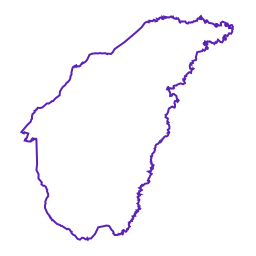 the district of Lue Amnat, Amnat Charoen, Thailand, rotated 269°
{"feature_id": "78962969B36104557802135", "entity_name": "Lue Amnat", "entity_type": "district", "adm_level": 2, "iso_a3": "THA", "parent_name": "Thailand", "parent_adm1": "Amnat Charoen", "projection": "albers", "projection_center": [104.71, 15.697], "detail": "fine", "context": "isolated", "style": "outline", "palette": "violet", "viewbox_px": 256, "rotation_deg": 269, "n_neighbors": 0, "source": "geoboundaries", "source_scale": "gbopen_adm2", "svg_char_len": 5872}
<svg xmlns="http://www.w3.org/2000/svg" viewBox="0 0 256 256"><g transform="rotate(269 128 128)"><path d="M47.0,138.7L48.0,137.5L48.5,138.1L49.6,138.2L49.8,137.0L51.3,137.2L52.3,136.2L52.7,136.8L55.7,138.0L56.0,137.1L56.8,137.7L58.1,136.5L58.9,136.4L59.3,137.6L60.2,137.7L60.4,138.6L61.2,138.2L61.4,139.0L61.8,137.8L61.5,136.9L62.4,136.5L63.0,138.0L64.5,138.0L64.6,139.1L66.0,139.6L65.5,140.4L65.8,140.8L67.9,138.3L68.5,139.7L69.8,139.9L69.9,141.3L70.9,141.2L70.8,142.7L71.9,143.8L72.5,147.1L74.0,148.5L74.7,148.3L74.7,147.2L75.2,146.9L75.9,147.7L77.2,147.7L78.1,148.7L80.0,149.2L81.7,150.9L84.1,147.6L84.5,150.1L86.3,151.1L86.7,150.3L87.5,150.2L87.0,152.1L87.6,152.3L89.2,151.4L89.5,152.5L90.3,152.9L91.9,150.6L92.7,151.0L93.5,150.9L93.8,150.2L95.0,150.6L96.0,150.3L97.8,151.0L99.2,150.4L99.7,151.7L101.6,151.8L103.7,153.9L106.0,154.6L106.8,154.1L108.0,155.2L109.7,155.1L110.9,155.9L111.8,158.0L113.2,159.0L113.0,159.6L114.1,159.8L113.7,160.7L114.3,161.3L115.3,161.1L115.6,161.9L116.7,162.4L116.9,163.2L118.1,163.8L119.1,165.2L118.9,166.3L119.6,167.6L122.0,168.7L122.4,167.7L123.3,169.0L125.4,167.7L126.8,169.4L129.0,169.4L130.9,168.8L131.8,167.3L132.4,167.4L132.9,168.5L134.1,167.4L136.4,168.1L137.0,167.8L138.0,165.8L138.7,166.1L140.4,165.8L141.0,167.1L142.9,168.2L146.7,169.2L148.7,172.6L147.6,174.6L147.8,175.2L150.9,175.4L152.0,174.8L154.0,175.3L154.3,176.9L153.2,178.0L154.7,179.1L155.5,178.5L155.9,177.4L159.1,177.0L161.3,174.4L161.3,173.4L159.4,172.2L159.3,170.7L162.2,170.9L164.0,169.9L165.6,169.8L165.9,167.7L168.0,168.4L168.2,169.0L166.5,170.2L167.1,171.3L166.7,172.2L166.7,174.3L167.3,174.8L168.2,174.2L169.2,174.3L169.7,175.5L169.6,177.1L170.6,178.3L171.7,181.2L170.8,183.8L171.9,185.7L174.0,184.9L174.4,184.3L175.7,184.1L175.5,185.7L176.1,186.1L177.1,185.4L179.0,186.0L178.9,187.2L180.5,187.5L182.7,190.2L182.0,192.0L184.7,192.5L186.1,194.5L186.6,193.7L185.9,192.1L186.3,191.2L189.2,190.8L191.3,191.7L190.4,192.6L191.7,192.7L191.9,194.1L193.9,193.7L194.8,197.1L196.3,197.4L197.6,197.1L202.6,198.5L203.6,203.5L205.0,204.3L204.0,205.9L204.6,206.5L206.6,207.2L205.7,208.5L205.9,209.1L207.0,209.1L208.3,207.9L209.5,207.6L210.1,208.8L210.9,208.8L211.2,207.8L209.8,206.0L211.0,205.1L211.8,205.4L212.0,206.3L213.2,206.5L212.5,208.2L213.2,208.9L212.9,209.6L213.2,210.8L212.6,211.5L212.9,212.1L211.6,213.4L211.6,214.5L210.5,215.8L212.3,216.9L211.6,217.8L211.8,218.2L214.7,219.5L212.4,221.9L212.0,223.6L213.9,224.9L215.9,224.8L214.5,227.1L214.8,227.4L216.4,227.4L217.7,225.6L218.8,226.0L219.2,226.9L218.2,229.1L220.9,230.7L220.5,232.8L222.7,234.0L224.2,233.8L225.0,234.5L226.2,234.1L227.2,234.7L229.1,233.7L229.0,232.6L228.3,231.6L226.2,232.2L226.2,230.7L229.4,230.1L230.6,229.3L230.2,228.7L229.4,229.2L228.7,229.0L228.3,228.6L228.3,227.5L229.4,226.9L231.3,227.5L232.7,224.4L231.5,222.6L229.0,222.9L228.9,220.7L230.4,218.8L230.5,217.9L229.5,217.4L227.9,218.6L227.7,218.0L228.3,217.0L229.7,216.5L231.0,214.2L231.7,210.7L234.3,208.7L233.9,207.4L232.9,208.3L232.1,207.6L231.9,207.0L234.9,205.6L237.0,203.7L238.6,202.9L237.4,201.6L236.0,202.9L235.6,202.9L236.2,199.7L235.7,199.2L234.0,199.0L234.0,197.6L233.4,196.7L233.6,195.4L232.5,194.5L232.7,193.4L232.2,192.2L232.6,190.7L231.4,189.6L232.0,188.1L233.5,187.2L233.6,183.3L232.5,182.0L233.3,181.3L235.0,181.3L235.2,180.8L236.8,180.0L236.4,178.8L237.0,178.2L236.3,177.8L236.9,175.8L238.5,174.9L237.8,174.1L238.8,173.1L237.7,171.0L238.1,169.9L237.6,168.1L238.2,168.2L238.6,166.6L238.0,166.9L237.8,166.0L237.2,165.8L237.8,165.0L236.6,165.4L236.3,165.0L236.5,164.5L236.9,164.5L236.8,163.8L238.0,162.9L237.6,161.5L236.6,161.1L236.7,160.4L236.2,159.7L236.5,159.0L235.3,159.4L234.4,158.7L234.2,157.1L235.3,157.0L235.8,155.7L234.4,154.4L234.9,151.4L234.1,151.5L234.1,150.4L233.4,150.4L233.9,149.2L233.4,147.7L232.6,146.5L228.5,143.4L223.0,137.1L213.7,125.7L207.2,116.0L204.3,114.3L202.4,112.5L202.7,109.0L202.2,108.5L203.2,106.7L203.0,103.7L203.4,101.1L203.0,99.3L203.3,97.4L202.9,93.1L201.8,90.7L197.0,88.4L195.3,87.0L193.8,84.7L194.2,84.0L193.8,83.2L193.0,83.2L192.3,81.9L191.0,81.4L190.4,80.3L190.7,78.8L190.2,77.7L191.3,77.4L190.2,76.2L191.0,76.0L189.6,73.8L184.4,72.4L182.6,72.5L180.8,71.4L179.1,71.3L177.1,70.5L174.9,68.6L174.2,67.4L171.7,65.7L170.5,63.9L168.9,62.6L165.6,60.6L161.9,60.2L158.9,56.0L156.2,53.6L156.1,52.4L153.8,49.2L154.0,47.4L150.0,42.7L149.5,40.3L149.8,38.0L148.1,37.1L148.0,36.4L147.0,35.9L146.8,34.8L145.2,34.9L143.5,32.7L141.4,32.2L139.0,32.2L137.8,31.3L136.0,30.8L132.7,27.3L125.8,21.3L124.4,23.8L125.5,24.4L124.2,28.2L119.8,26.6L118.7,25.1L117.2,24.5L117.1,25.1L117.7,25.2L117.7,26.0L116.6,26.8L116.1,29.7L116.6,30.2L116.4,31.0L117.1,31.8L117.9,31.3L119.3,32.3L119.1,33.4L118.4,33.6L118.9,34.1L118.2,35.4L118.8,35.8L118.6,36.2L93.6,36.5L87.6,35.7L83.3,37.8L79.1,37.6L75.0,40.9L73.3,40.4L71.8,42.1L71.7,43.5L70.3,45.0L68.4,45.5L67.8,46.2L66.0,45.9L63.5,47.0L61.2,47.0L59.2,45.4L55.8,44.0L54.0,44.3L52.2,43.7L49.7,43.6L44.4,45.8L41.3,48.2L40.8,48.1L40.0,49.1L39.3,48.9L38.8,49.7L37.2,50.4L37.4,51.1L33.4,55.2L32.0,58.6L31.2,59.4L31.3,60.2L27.8,65.3L28.3,66.4L27.5,67.9L26.2,68.5L25.1,69.9L24.6,69.5L23.9,69.7L22.3,71.3L21.4,73.1L18.0,75.7L17.2,78.0L19.1,80.2L18.8,81.8L17.4,83.7L17.4,84.8L18.5,85.3L17.2,86.0L18.1,86.5L18.2,89.1L22.6,93.2L29.2,96.5L30.9,105.3L30.2,107.6L26.4,109.8L25.0,111.3L23.8,111.8L22.9,111.4L22.0,112.5L21.3,112.7L21.2,115.5L21.8,116.1L21.6,116.8L22.3,117.1L21.9,118.2L22.9,119.5L21.8,120.7L22.4,121.2L23.0,120.9L23.8,121.3L24.5,120.5L25.1,120.5L26.1,121.7L24.3,124.0L25.1,124.9L27.0,125.4L26.8,126.3L28.3,126.8L29.5,128.1L30.5,127.2L31.8,127.1L32.7,127.8L33.5,127.3L33.9,128.5L35.1,129.4L35.0,130.3L36.5,130.2L36.5,131.0L37.4,131.6L38.7,131.7L39.0,131.1L39.6,131.0L39.7,132.3L40.2,132.4L40.1,133.7L42.4,133.2L42.9,133.9L42.6,134.4L43.6,135.3L44.0,134.8L44.4,136.3L45.5,135.4L45.6,136.6L47.0,137.2L46.6,138.3L47.0,138.7Z" fill="none" stroke="#5b21b6" stroke-width="2"/></g></svg>